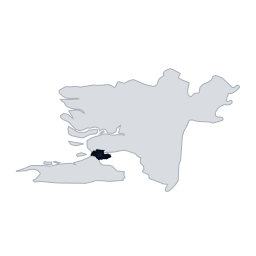 Feni, Chittagong, Bangladesh (highlighted), rotated 96°
{"feature_id": "16705992B83268326466345", "entity_name": "Feni", "entity_type": "district", "adm_level": 2, "iso_a3": "BGD", "parent_name": "Bangladesh", "parent_adm1": "Chittagong", "projection": "equal_earth", "projection_center": [91.37, 23.021], "detail": "fine", "context": "in_parent", "style": "filled", "palette": "ink", "viewbox_px": 256, "rotation_deg": 96, "n_neighbors": 0, "source": "geoboundaries", "source_scale": "gbopen_adm2", "svg_char_len": 7535}
<svg xmlns="http://www.w3.org/2000/svg" viewBox="0 0 256 256"><g transform="rotate(96 128 128)"><path d="M92.2,186.1L92.2,179.4L88.7,166.1L88.9,164.7L88.2,158.3L87.3,154.8L86.9,151.0L89.1,145.6L88.2,144.7L83.5,143.1L82.9,141.7L84.0,136.4L80.6,131.4L79.3,127.6L83.0,115.5L84.0,107.1L83.7,105.5L81.5,103.6L77.5,102.8L74.8,101.3L73.2,98.9L71.8,97.9L70.1,98.7L67.9,97.7L66.1,95.4L64.6,92.5L65.2,89.4L68.2,82.0L69.2,81.8L71.7,83.2L72.6,83.2L74.3,80.3L76.6,71.9L84.6,72.6L86.5,72.4L88.5,71.7L89.6,70.7L90.2,69.3L90.0,68.2L87.6,66.6L86.6,65.4L86.0,62.1L85.3,60.9L80.5,60.7L78.0,59.2L76.6,57.8L74.2,53.3L71.3,49.9L68.4,49.1L67.3,48.0L66.7,46.3L67.1,43.8L68.6,39.1L76.6,28.8L76.8,27.6L76.5,26.3L74.2,24.6L74.0,23.8L74.7,21.7L76.0,21.4L78.7,23.4L81.5,26.5L83.1,29.4L83.1,31.6L85.3,32.1L87.1,33.0L89.0,32.7L90.2,33.3L91.0,33.1L91.3,31.8L89.7,28.6L90.5,27.2L92.3,27.3L93.6,28.5L94.6,31.0L94.7,34.9L96.8,38.4L99.6,40.9L101.8,42.0L104.5,42.8L106.7,42.1L107.9,39.6L107.4,37.4L107.7,35.5L108.7,34.4L110.1,34.4L111.1,36.0L114.2,44.4L113.5,48.1L114.2,58.3L113.3,65.1L113.8,67.7L114.3,68.1L119.0,69.4L125.7,72.1L130.9,73.1L154.3,72.3L159.4,73.6L175.0,72.6L179.3,74.8L183.9,78.3L186.5,80.9L187.0,82.4L186.7,83.7L185.8,84.4L184.2,84.4L180.6,82.7L179.9,83.2L179.9,87.2L176.9,97.4L176.5,100.6L175.5,101.8L172.4,102.5L170.3,108.4L169.5,109.1L167.5,107.8L166.2,108.1L164.6,108.6L163.0,110.0L161.9,111.7L160.7,112.3L156.3,112.2L155.5,114.9L152.6,118.5L150.6,128.1L150.8,131.1L153.2,138.7L154.9,148.7L155.5,149.7L156.4,149.8L156.4,145.2L157.2,144.6L158.2,145.1L160.3,151.3L161.5,152.8L163.3,153.3L165.4,152.3L166.9,150.5L167.5,148.6L167.0,141.9L168.0,139.2L171.5,135.1L172.0,133.9L171.8,127.2L173.1,127.0L175.0,127.5L177.2,125.9L177.9,125.9L178.9,127.6L180.5,127.3L183.0,140.5L183.2,149.9L183.8,155.1L184.6,156.3L187.4,164.2L190.0,191.8L190.3,209.4L191.4,215.4L190.5,216.7L189.7,217.0L188.8,214.9L183.0,210.4L181.6,210.9L179.7,213.5L178.9,215.9L179.2,219.2L179.9,222.6L181.2,224.5L181.4,226.6L182.9,234.5L182.5,234.6L179.3,227.4L175.4,220.3L174.2,207.6L174.1,201.3L171.4,193.9L169.0,181.1L170.0,176.6L168.2,178.5L165.3,170.9L160.8,163.3L159.5,160.0L159.4,156.8L157.5,160.0L154.8,162.3L152.2,165.8L150.4,166.8L144.7,167.4L141.4,162.8L136.7,151.6L136.1,149.0L136.7,142.4L135.6,136.2L135.3,130.7L134.5,131.2L134.1,132.7L134.3,135.0L134.0,136.9L126.1,135.7L129.4,139.0L133.1,139.7L134.9,142.7L135.0,147.6L131.5,150.5L131.8,153.0L133.8,156.0L131.3,156.9L130.6,158.9L130.6,161.7L132.3,166.0L132.0,167.7L135.0,173.4L135.6,176.1L134.8,180.0L128.3,187.8L126.4,193.3L124.8,195.9L122.8,196.4L120.4,193.8L120.4,191.1L120.9,188.9L124.3,183.8L122.5,184.5L117.2,188.7L116.2,185.3L115.6,182.1L115.6,178.1L118.1,172.3L115.3,175.2L114.4,178.9L114.8,183.2L114.4,186.2L113.3,190.2L111.7,192.6L109.3,194.1L108.1,196.5L106.5,198.2L105.9,190.2L104.2,179.4L103.8,181.7L104.7,188.4L104.6,192.8L103.3,196.2L100.5,199.9L98.4,200.5L97.2,199.9L93.4,194.3L93.1,189.0L92.2,186.1ZM140.0,186.3L135.2,187.6L132.7,187.2L137.3,177.4L137.2,173.1L136.5,169.5L134.2,166.7L134.0,164.6L133.0,161.9L132.5,158.6L135.0,157.6L137.1,159.4L137.9,163.1L138.9,165.9L142.5,171.6L142.5,175.1L141.5,183.6L140.0,186.3ZM150.3,183.1L147.4,185.7L148.4,170.3L150.5,176.0L151.1,179.1L150.3,183.1ZM161.6,175.4L160.3,176.5L159.1,175.5L157.5,171.9L158.3,167.4L158.8,166.7L160.6,171.4L161.6,175.4ZM172.5,207.9L170.8,208.0L170.0,206.9L170.4,205.4L169.9,200.4L172.0,199.9L172.8,204.1L172.5,207.9ZM170.6,193.9L169.4,198.9L168.9,196.6L169.7,192.3L170.6,193.9ZM136.3,153.9L136.8,155.5L134.1,153.4L133.4,152.0L134.6,151.2L136.3,153.9Z" fill="#d9dde1" stroke="#a8b0b8" stroke-width="1"/><path d="M162.1,153.8L162.1,153.7L161.6,153.3L161.6,152.6L161.3,152.7L161.2,152.5L161.3,151.8L161.0,151.8L161.4,151.1L160.8,151.1L161.0,150.5L160.7,150.5L160.7,150.3L161.0,150.2L160.7,149.5L160.8,149.3L160.8,149.1L160.5,149.0L160.6,148.7L160.3,148.7L160.3,148.3L160.5,148.3L160.5,148.2L160.4,148.2L160.5,147.9L160.1,147.8L160.1,147.7L160.4,147.4L160.4,147.2L160.3,147.3L160.2,147.3L160.3,147.3L160.2,147.3L160.0,147.2L160.0,147.3L159.9,147.2L160.0,147.2L159.9,147.1L160.1,146.9L159.8,146.9L159.7,146.7L159.8,146.5L159.9,146.2L159.8,145.9L160.2,145.9L160.2,145.7L160.1,145.4L159.8,145.5L159.7,145.4L159.6,145.6L159.2,145.3L159.5,145.2L159.6,144.8L159.3,144.4L158.8,144.6L158.7,144.5L158.7,144.4L159.2,144.1L158.8,143.4L158.6,143.5L158.7,143.0L158.7,142.9L158.1,142.8L157.9,143.0L157.9,142.9L157.7,143.1L157.7,142.9L157.7,142.7L157.8,142.4L157.7,142.3L157.7,142.2L157.5,143.1L157.4,143.0L157.3,142.9L157.2,142.7L157.2,143.0L157.5,143.4L157.0,143.4L157.1,143.6L157.2,143.8L157.2,144.0L156.9,144.1L157.0,144.4L156.9,144.6L156.7,144.8L156.9,144.8L156.8,145.4L156.7,145.4L156.7,145.7L156.8,145.7L156.7,146.0L156.8,146.0L156.8,146.7L156.9,146.9L157.0,147.4L157.2,147.7L157.1,148.2L157.3,148.3L157.2,148.9L157.4,148.9L157.4,149.3L157.6,149.5L157.7,149.4L157.7,149.5L157.6,149.9L157.5,150.1L157.5,150.3L157.4,150.3L157.2,150.4L156.5,150.0L156.4,150.0L155.9,150.0L155.6,150.0L155.4,150.2L155.2,150.2L155.0,150.4L154.9,150.4L154.9,150.7L154.7,150.7L154.3,150.6L154.1,150.6L153.9,150.4L153.7,150.3L153.8,150.5L153.7,150.5L153.3,150.5L153.3,150.8L153.2,150.9L153.2,151.1L153.3,151.1L153.5,151.2L153.5,151.3L153.3,151.3L153.4,151.6L153.5,151.7L153.5,151.9L153.4,151.9L153.4,152.0L153.4,152.4L153.3,152.5L153.3,153.0L153.3,153.5L153.2,153.6L153.3,153.9L153.2,153.9L153.2,154.0L153.4,154.0L153.4,154.3L153.3,154.5L153.5,154.5L153.4,155.0L153.3,155.4L153.3,155.6L153.4,155.9L153.2,156.0L153.0,156.4L153.1,156.5L153.2,156.4L153.3,156.5L153.4,156.9L153.5,156.9L153.5,156.7L153.8,156.6L153.8,156.2L154.1,156.3L154.4,156.4L154.5,156.4L154.6,156.2L154.8,156.0L155.0,156.1L155.2,155.9L155.3,156.0L155.3,155.9L155.5,155.9L155.6,155.7L155.7,156.0L155.9,156.1L155.9,156.3L155.7,156.3L155.7,156.5L155.7,156.8L155.3,156.8L155.4,157.1L155.7,157.1L155.5,157.4L155.5,157.6L155.9,157.5L155.8,157.8L155.9,158.0L155.7,157.9L155.6,157.7L155.5,158.0L155.5,158.3L155.5,159.1L155.4,159.2L155.3,159.7L155.4,160.1L155.5,160.2L155.7,160.3L156.0,160.1L156.3,160.0L156.3,159.9L156.5,160.0L156.6,160.5L156.7,160.4L157.0,160.6L157.4,161.2L157.7,161.3L157.9,161.5L158.0,161.3L158.1,161.2L158.1,160.7L157.8,160.5L157.8,160.4L157.9,160.1L157.7,160.0L157.4,159.8L157.4,159.6L157.4,159.4L157.5,159.3L157.9,159.0L157.9,158.6L158.0,158.5L158.4,158.6L158.4,158.8L158.5,158.9L158.7,158.6L158.8,158.2L159.0,157.9L159.1,157.7L159.2,157.4L159.3,157.2L159.2,157.0L158.9,156.6L159.0,156.4L158.9,156.3L158.9,156.2L159.1,156.2L159.8,156.1L160.0,156.2L160.3,156.2L160.9,155.7L160.8,155.4L161.1,155.1L161.0,154.9L160.9,154.8L160.7,154.7L160.8,154.4L161.0,154.7L161.2,154.3L161.1,154.2L161.4,154.3L161.6,154.2L161.7,154.3L161.8,154.5L161.8,154.2L162.1,154.0L162.1,153.9L162.1,153.8ZM159.0,158.1L158.9,158.2L158.7,158.6L158.7,158.9L158.6,159.0L158.4,158.9L158.3,158.6L158.2,158.6L158.1,158.9L157.9,159.3L157.7,159.4L157.7,159.6L157.8,159.7L158.4,160.4L158.5,160.5L158.4,160.1L158.4,159.8L158.5,159.6L158.8,159.1L158.9,158.9L158.9,158.6L159.0,158.3L159.0,158.1ZM155.3,159.3L154.9,159.1L154.8,159.3L154.8,159.5L155.1,159.8L155.2,160.0L155.2,159.7L155.3,159.3ZM155.4,159.2L155.5,158.5L155.5,158.4L155.4,158.4L155.2,158.5L155.0,158.4L155.3,158.1L155.2,158.1L154.8,158.3L154.7,158.4L154.8,158.5L155.0,158.6L155.2,158.8L155.3,159.1L155.4,159.2ZM156.7,160.7L156.9,160.8L157.0,160.8L157.0,160.7L156.9,160.6L156.7,160.5L156.7,160.7ZM158.6,160.7L158.6,161.0L158.6,161.3L158.7,161.5L158.7,161.1L158.6,160.7ZM155.3,158.2L155.1,158.3L155.3,158.3L155.3,158.2Z" fill="#0f172a" stroke="#020617" stroke-width="1.5"/></g></svg>